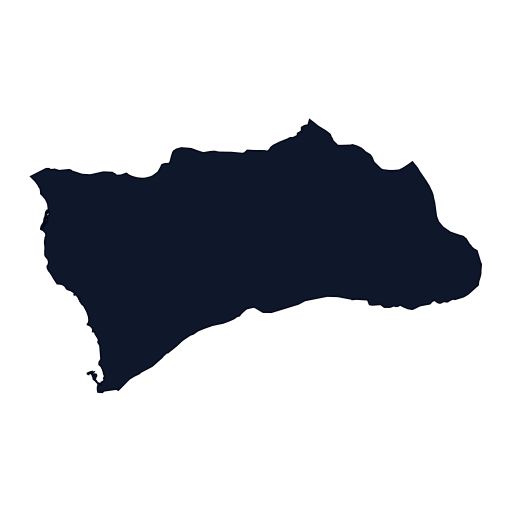 the district of Bajil, Al Hudaydah, Yemen
{"feature_id": "15242507B92683143356250", "entity_name": "Bajil", "entity_type": "district", "adm_level": 2, "iso_a3": "YEM", "parent_name": "Yemen", "parent_adm1": "Al Hudaydah", "projection": "orthographic", "projection_center": [42.982, 15.041], "detail": "fine", "context": "isolated", "style": "filled", "palette": "ink", "viewbox_px": 512, "rotation_deg": 0, "n_neighbors": 0, "source": "geoboundaries", "source_scale": "gbopen_adm2", "svg_char_len": 5811}
<svg xmlns="http://www.w3.org/2000/svg" viewBox="0 0 512 512"><path d="M476.9,250.7L473.5,248.8L471.0,246.4L470.8,245.6L469.5,244.5L466.1,239.0L463.2,236.5L458.7,235.2L450.3,232.3L442.8,227.1L438.4,221.8L436.3,216.2L434.5,202.6L433.2,197.4L432.9,195.1L431.7,191.8L428.7,185.6L425.5,180.5L419.3,171.5L417.5,168.3L412.4,161.9L409.4,164.2L402.9,168.4L399.2,170.2L393.4,170.7L389.3,170.7L382.8,169.9L381.1,169.1L379.5,167.7L373.8,162.1L372.2,158.0L371.3,156.4L370.1,154.8L365.0,151.7L364.2,150.7L361.0,148.1L357.2,146.3L352.4,144.8L350.7,145.3L341.1,145.6L337.7,145.5L333.1,141.0L331.7,137.8L331.3,137.7L330.5,135.3L329.8,134.1L325.9,131.1L318.2,126.4L309.6,119.6L308.1,125.1L306.1,125.3L304.1,125.9L301.6,127.4L301.6,130.9L299.2,132.5L297.6,133.3L297.4,135.6L293.2,137.7L290.0,137.8L287.9,139.0L279.9,142.2L273.9,145.1L272.2,146.3L270.7,147.6L269.8,149.3L268.1,150.9L267.1,151.4L265.6,151.0L264.3,150.8L253.0,150.7L247.3,150.3L244.2,153.2L242.1,153.5L231.4,152.5L218.7,152.3L214.4,151.4L210.4,151.7L203.2,152.9L197.9,151.2L191.1,148.7L181.4,147.9L176.4,149.3L173.6,151.1L172.8,152.6L172.2,154.5L171.1,158.2L170.7,160.3L169.8,162.7L169.1,163.5L167.5,163.7L165.5,163.7L163.6,164.1L161.9,164.8L160.7,167.5L158.2,171.9L156.4,173.4L152.8,176.0L150.9,176.9L146.7,178.0L144.7,178.4L142.7,178.5L138.5,178.2L136.2,177.8L131.7,176.5L129.5,175.5L127.6,174.4L127.2,173.9L126.4,173.3L121.2,175.2L116.4,175.5L115.3,174.2L113.6,173.4L112.4,172.5L103.4,172.1L90.3,175.0L82.0,174.5L71.9,171.2L71.1,170.4L69.3,169.7L59.1,170.7L54.8,169.3L50.4,169.8L49.2,168.7L46.1,168.7L30.7,176.5L35.5,181.3L38.0,184.8L39.2,187.1L39.4,187.0L39.7,187.4L39.7,187.6L40.4,189.1L40.5,190.0L40.8,192.1L40.7,193.5L40.9,193.9L43.0,195.9L43.4,196.5L45.4,198.8L46.8,201.5L47.6,203.5L48.0,205.2L48.4,209.2L48.3,210.6L48.4,211.2L49.2,212.5L49.4,214.0L49.0,215.3L48.8,215.5L48.6,215.4L48.2,215.6L47.5,216.7L47.5,218.0L47.3,218.4L47.3,219.9L47.6,220.0L47.7,220.5L47.2,220.4L46.7,222.3L46.5,222.2L46.0,223.0L45.8,223.7L43.4,226.5L43.2,227.1L42.5,227.7L42.3,228.0L42.7,228.3L42.4,228.4L41.9,228.2L41.9,227.8L42.3,227.0L42.1,227.2L42.2,226.6L42.5,226.4L43.0,225.4L43.6,225.0L42.8,225.0L42.8,224.8L43.1,224.8L43.0,224.7L43.0,224.4L43.8,224.1L44.3,223.5L45.0,223.1L44.6,223.1L44.2,223.2L44.4,222.9L44.2,223.0L45.1,222.3L44.9,222.1L44.6,222.3L45.2,221.6L45.3,221.0L45.1,220.9L45.4,220.6L45.2,220.4L45.5,220.0L45.3,219.9L45.5,219.6L45.5,219.3L45.9,218.8L45.9,217.9L46.2,217.4L46.7,217.0L46.4,217.0L45.8,217.6L46.0,217.2L46.5,216.9L45.7,217.3L45.9,216.9L46.0,216.9L46.0,216.5L46.4,216.3L46.1,216.3L46.0,216.1L46.6,215.1L46.5,214.7L46.8,213.6L47.5,213.2L46.9,212.9L47.2,212.8L47.0,212.7L47.2,212.3L46.9,212.3L47.0,212.1L46.8,211.9L47.3,211.1L47.2,210.5L47.6,210.4L47.4,210.2L47.1,210.2L46.4,211.1L45.8,212.1L45.1,216.5L44.2,218.6L43.8,221.8L43.4,222.8L41.6,225.6L41.0,227.2L40.7,229.0L40.8,229.3L43.2,230.4L45.4,232.7L45.9,234.1L46.0,235.5L45.7,236.7L45.3,237.2L45.0,239.8L44.8,240.1L44.9,240.6L44.7,241.0L44.8,242.3L44.6,242.4L44.7,243.1L45.1,246.8L45.1,249.7L44.9,250.8L45.0,252.8L44.9,254.8L45.5,256.3L47.9,259.2L48.4,260.5L48.7,262.5L48.6,263.2L48.1,265.1L47.2,266.2L47.5,268.5L48.8,270.9L50.2,272.5L51.2,274.2L51.6,274.6L53.7,278.3L57.2,283.7L61.3,284.1L63.8,285.2L65.4,286.8L65.9,287.8L67.0,289.2L68.6,289.9L70.4,290.3L73.5,292.2L74.8,293.7L73.8,295.0L75.1,293.5L75.3,293.6L73.8,295.5L74.8,294.4L75.7,294.7L77.4,296.3L78.5,298.0L78.8,298.9L79.4,298.8L79.0,299.3L79.9,300.4L80.0,300.9L79.9,301.2L80.1,301.3L80.1,301.5L81.9,304.2L83.7,305.6L85.8,309.5L87.0,311.8L88.6,316.5L89.0,320.1L88.8,321.6L88.3,323.2L87.4,324.2L87.4,324.6L89.2,325.3L90.4,326.0L91.4,327.0L92.3,328.1L92.8,329.3L92.6,331.6L94.5,331.9L95.5,334.4L98.1,338.6L98.8,340.8L98.3,341.0L97.9,341.8L98.1,342.6L99.9,345.3L101.0,359.3L99.2,362.0L99.0,364.5L101.3,366.6L101.9,368.2L102.6,369.2L102.7,370.2L103.3,371.5L103.5,372.9L103.9,374.4L104.2,374.8L104.7,376.9L104.5,377.3L104.0,377.4L103.6,378.5L104.0,379.2L104.1,380.3L103.9,380.9L102.9,381.4L102.7,381.7L101.4,382.2L101.1,382.6L101.1,384.0L100.6,384.0L100.6,385.1L100.3,385.3L99.9,385.1L100.0,384.0L99.5,383.4L98.5,383.4L98.4,383.1L98.1,383.1L97.7,382.9L97.4,382.3L96.1,381.5L96.4,381.0L96.3,380.7L95.2,380.3L95.1,379.5L95.6,378.3L95.6,377.5L96.5,376.1L96.6,375.4L96.1,374.3L95.0,374.3L94.8,374.0L94.5,374.0L94.0,374.1L93.7,374.5L93.9,374.8L93.6,375.2L92.8,375.3L92.6,374.9L92.6,374.5L92.5,374.3L92.6,374.0L92.2,373.6L91.6,372.5L91.6,372.0L93.6,372.5L93.9,372.0L93.2,372.2L92.5,371.5L92.2,371.5L90.4,371.9L87.4,373.2L87.6,374.1L88.8,374.5L89.0,373.8L88.9,373.6L89.1,373.3L89.6,373.3L90.3,373.3L91.0,373.6L91.6,374.2L92.1,374.8L92.8,376.9L93.4,377.7L93.2,378.6L93.6,379.2L93.5,379.4L95.5,380.9L96.8,382.5L97.5,383.0L98.0,384.2L98.1,385.6L97.6,386.5L97.5,388.2L97.5,389.8L98.0,392.1L102.4,392.4L103.9,390.9L116.3,389.1L118.3,390.2L129.4,378.9L134.4,375.9L139.3,373.6L140.6,372.3L142.0,371.5L152.1,366.2L162.3,357.2L162.2,356.9L166.9,352.5L167.7,352.8L176.3,345.9L180.8,341.7L182.3,340.4L184.6,338.7L188.8,335.9L190.7,334.8L193.2,334.0L197.8,330.8L203.2,328.5L212.2,325.3L218.7,323.9L222.9,323.1L229.1,320.8L233.6,318.8L234.9,318.0L236.7,316.5L239.4,315.8L240.7,314.0L242.9,311.8L246.5,308.7L253.7,307.0L254.5,307.1L263.1,312.2L271.4,312.3L298.4,304.0L304.9,300.5L327.1,296.1L337.7,296.4L351.5,299.0L352.0,299.5L356.5,299.1L367.7,299.8L369.5,304.5L372.4,305.0L380.7,304.4L384.3,307.2L390.1,307.2L393.8,305.7L395.8,306.4L397.8,306.2L400.2,305.0L405.0,307.4L405.9,307.6L407.4,308.4L412.1,309.3L413.1,309.0L420.1,305.6L429.9,303.8L432.1,301.4L434.4,300.1L437.2,302.2L439.0,303.0L440.6,303.0L443.7,301.4L447.3,301.9L450.9,299.8L452.5,299.2L454.3,299.0L454.9,299.4L463.6,296.7L467.9,294.2L478.2,285.0L478.4,282.4L478.8,280.5L480.1,276.5L480.7,273.7L480.7,271.3L481.3,264.1L480.6,262.9L476.9,250.7Z" fill="#0f172a" stroke="#020617" stroke-width="1.5"/></svg>